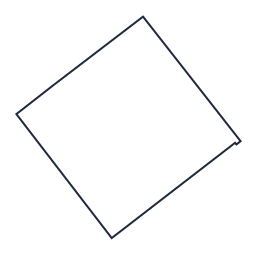 Jones, Texas, United States of America, rotated 322°
{"feature_id": "52423323B81114604697536", "entity_name": "Jones", "entity_type": "district", "adm_level": 2, "iso_a3": "USA", "parent_name": "United States of America", "parent_adm1": "Texas", "projection": "orthographic", "projection_center": [-99.797, 32.737], "detail": "fine", "context": "isolated", "style": "outline", "palette": "slate", "viewbox_px": 256, "rotation_deg": 322, "n_neighbors": 0, "source": "geoboundaries", "source_scale": "gbopen_adm2", "svg_char_len": 255}
<svg xmlns="http://www.w3.org/2000/svg" viewBox="0 0 256 256"><g transform="rotate(322 128 128)"><path d="M208.4,49.5L95.2,48.3L48.6,48.3L47.4,204.7L203.3,205.6L203.3,207.7L208.6,207.7L208.4,49.5Z" fill="none" stroke="#1e293b" stroke-width="2"/></g></svg>